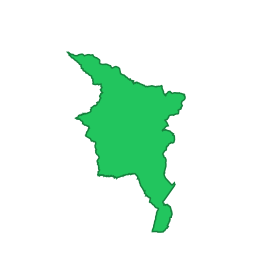 outline of San Juan Del Cesar, La Guajira, Colombia, rotated 41°
{"feature_id": "7082276B71643992336561", "entity_name": "San Juan Del Cesar", "entity_type": "district", "adm_level": 2, "iso_a3": "COL", "parent_name": "Colombia", "parent_adm1": "La Guajira", "projection": "natural_earth1", "projection_center": [-73.123, 10.813], "detail": "fine", "context": "isolated", "style": "filled", "palette": "green", "viewbox_px": 256, "rotation_deg": 41, "n_neighbors": 0, "source": "geoboundaries", "source_scale": "gbopen_adm2", "svg_char_len": 5889}
<svg xmlns="http://www.w3.org/2000/svg" viewBox="0 0 256 256"><g transform="rotate(41 128 128)"><path d="M34.4,110.7L35.4,111.0L35.7,111.6L36.1,111.7L36.6,111.2L37.8,111.6L39.7,111.8L40.6,111.3L44.0,111.5L45.3,111.0L46.2,111.4L48.0,111.2L49.6,111.7L51.3,111.1L52.2,112.4L53.3,112.8L53.7,113.5L55.4,112.9L55.8,113.6L56.7,114.0L58.9,113.3L60.2,114.0L61.6,113.2L64.2,113.4L66.3,112.7L67.8,114.0L69.5,114.1L70.3,115.3L72.0,116.5L72.3,117.4L72.8,117.7L74.8,116.7L76.4,114.7L77.5,114.7L78.0,113.6L78.9,112.6L80.6,114.5L81.6,114.3L82.0,115.2L82.1,117.1L82.9,117.0L83.1,117.7L84.0,117.6L84.8,118.2L85.5,118.0L85.5,119.4L85.0,119.9L85.3,120.3L85.3,120.9L85.7,121.2L85.6,122.4L86.2,123.0L87.3,122.9L87.9,123.4L87.9,124.7L88.8,126.7L89.0,128.0L88.2,128.3L87.9,129.4L88.7,129.7L89.2,130.7L89.0,132.5L88.3,132.6L87.8,133.4L87.4,136.1L86.9,136.7L87.8,137.6L87.7,138.7L88.9,139.4L88.9,141.2L87.8,142.9L87.6,143.9L86.8,144.6L86.6,145.2L85.9,145.2L85.6,146.5L84.6,146.5L84.9,147.4L84.6,148.0L83.9,148.4L84.3,149.2L83.0,150.0L82.6,151.1L83.1,151.7L83.1,152.3L82.1,154.9L83.8,154.7L84.2,153.8L84.7,153.9L85.5,153.4L85.7,152.9L87.5,153.3L88.7,153.0L90.0,153.2L90.9,154.4L91.1,154.2L93.5,154.2L94.3,153.5L96.4,153.1L97.1,152.5L98.1,153.1L98.3,153.6L98.9,153.5L98.8,154.8L99.3,155.7L99.7,157.5L99.5,158.1L100.8,160.4L100.7,161.2L101.5,161.3L101.7,161.7L106.6,160.7L108.9,161.8L109.6,160.9L111.0,160.9L111.6,160.2L112.9,160.0L114.1,161.2L114.7,162.9L116.2,164.3L116.7,164.3L118.0,165.3L118.4,165.2L118.5,166.4L119.1,166.7L119.9,167.7L121.9,168.3L123.4,168.2L125.4,169.0L125.8,169.7L126.3,173.1L127.3,173.9L128.3,173.9L128.7,175.2L130.6,175.7L131.4,176.7L132.1,177.0L132.1,177.5L133.0,178.3L134.1,178.4L134.4,179.5L134.2,180.6L135.3,181.8L135.8,183.1L136.6,183.4L136.7,183.0L137.1,183.1L137.4,182.9L137.5,182.2L137.9,182.6L138.2,181.5L138.6,181.4L138.8,180.7L139.3,180.7L139.7,180.0L140.2,180.1L140.2,179.7L140.6,179.5L141.3,180.0L141.3,179.5L142.4,179.4L142.9,178.5L143.3,178.6L143.4,178.1L144.0,178.3L144.1,177.6L144.9,177.3L144.9,176.9L145.5,177.2L146.3,176.2L146.2,175.4L146.6,175.4L146.8,174.8L147.2,175.1L147.5,174.7L148.6,174.5L148.6,173.8L149.4,174.1L149.2,173.3L149.5,173.7L150.5,173.4L150.7,173.9L150.9,173.3L151.2,173.5L152.2,172.9L152.5,173.2L152.6,172.0L154.0,170.1L154.0,169.5L155.4,167.7L155.4,167.2L155.8,167.4L155.7,166.6L156.3,166.3L156.7,165.1L157.0,165.0L157.0,164.5L158.7,163.1L158.6,162.2L158.8,161.7L159.7,161.7L160.1,161.2L160.2,161.5L160.6,161.4L160.8,160.5L161.3,160.2L161.1,159.7L161.8,159.0L162.4,158.9L163.1,157.9L164.1,157.9L165.8,158.3L166.6,158.0L168.1,159.0L168.5,160.1L168.8,159.7L170.0,159.4L170.4,160.1L171.6,160.6L172.7,161.7L173.9,162.1L175.1,163.1L178.3,163.9L181.7,165.2L182.0,164.5L183.3,166.4L185.0,166.3L185.7,166.7L185.9,167.5L186.9,166.6L187.8,166.9L189.0,166.5L189.7,166.7L190.4,166.1L191.0,166.3L192.8,169.7L193.5,169.7L194.0,169.2L194.6,169.1L196.9,169.5L198.3,169.2L199.8,169.7L201.1,169.8L203.7,168.8L204.4,169.9L204.5,171.2L205.4,173.6L206.0,174.0L207.3,177.0L208.9,178.9L209.0,179.9L209.3,180.3L209.6,181.2L210.7,182.8L211.3,184.4L212.4,185.9L213.4,188.9L214.3,190.2L217.9,187.0L218.7,187.0L220.5,185.5L222.7,183.3L222.5,182.5L223.0,181.4L222.7,179.3L222.8,178.1L223.2,177.8L223.0,177.6L223.1,176.0L221.8,176.0L221.7,174.8L221.3,174.4L221.0,172.7L220.3,171.3L220.5,170.7L219.6,169.8L219.6,169.4L219.2,169.3L218.5,167.9L219.2,167.0L218.4,165.9L218.0,164.5L217.4,164.3L217.1,163.4L215.8,162.8L215.6,162.3L215.2,162.5L214.7,162.2L214.6,161.8L211.6,159.8L211.2,160.1L210.5,159.8L209.3,160.2L209.0,159.9L208.5,160.2L207.8,160.0L207.5,160.6L207.0,160.8L207.0,161.6L206.4,161.6L205.6,162.5L204.6,161.3L203.5,161.5L203.1,161.3L202.5,160.2L202.7,159.1L200.9,141.4L200.5,140.2L200.1,140.0L200.2,139.7L199.5,139.6L199.0,139.1L198.8,141.4L198.7,142.0L198.1,142.3L189.4,141.3L187.0,140.3L185.3,139.1L185.2,138.0L184.7,138.2L181.7,132.1L180.1,130.2L179.0,129.4L178.7,128.5L177.6,127.1L175.7,126.1L173.9,126.3L172.9,125.3L171.9,125.2L171.1,124.4L170.6,120.9L171.2,120.0L171.1,119.2L169.8,117.6L169.7,116.8L169.5,117.0L169.3,116.7L169.8,114.9L169.3,113.1L170.2,111.3L170.0,110.6L171.4,110.1L171.9,109.1L171.9,108.6L170.8,106.4L168.5,104.0L167.6,103.4L166.8,103.9L166.3,103.9L166.0,102.6L164.8,103.1L164.5,102.8L162.7,103.0L161.8,102.8L159.0,104.2L157.5,104.6L157.4,105.4L156.2,106.0L156.0,107.4L155.7,107.4L155.4,106.4L155.8,104.8L155.6,102.4L155.9,101.2L156.9,99.9L153.9,98.5L150.8,97.8L151.9,95.8L151.6,94.7L151.8,93.8L151.0,92.4L151.3,90.8L152.9,89.0L154.1,88.4L154.2,87.5L155.1,85.8L156.3,84.6L156.5,84.0L154.9,81.6L154.2,81.6L154.5,80.4L155.4,79.1L155.1,78.1L154.4,77.8L154.6,77.1L154.3,75.5L152.4,74.8L151.2,72.6L151.8,69.8L151.7,68.5L150.7,67.1L149.0,66.7L149.1,66.0L148.0,65.8L147.4,66.4L145.8,66.9L144.2,67.9L143.5,67.9L142.9,69.1L141.9,69.3L141.7,69.9L140.4,70.5L139.6,71.4L139.0,72.6L138.5,73.0L137.3,72.9L136.7,73.3L135.9,72.8L135.2,73.4L134.7,74.3L134.8,76.2L134.3,77.5L134.4,78.3L135.0,78.3L135.2,78.9L134.6,79.0L131.6,78.2L131.1,77.4L127.5,75.6L126.4,74.3L125.6,74.0L124.7,75.7L123.5,76.6L123.0,77.4L122.5,77.6L122.5,78.1L122.1,78.6L118.3,80.5L117.1,82.2L116.1,83.2L115.9,83.9L114.7,84.4L114.2,85.3L112.0,85.2L111.6,85.9L110.6,85.8L108.1,86.8L106.7,86.9L105.9,87.7L105.5,87.4L104.7,87.6L104.1,88.3L104.3,89.1L103.5,89.2L103.3,90.9L101.5,90.3L101.7,89.6L101.3,88.8L100.3,89.3L99.9,90.0L98.6,90.0L98.2,90.4L97.8,89.7L97.4,89.6L97.1,90.6L96.3,90.8L93.7,90.5L92.9,91.0L92.1,90.6L91.5,90.8L90.5,90.6L88.7,91.5L86.7,91.8L82.5,88.7L81.0,88.7L78.6,89.5L78.0,90.3L76.8,93.1L75.9,93.3L73.9,92.5L72.8,93.1L70.8,93.6L69.3,94.4L69.1,95.0L68.5,95.3L67.3,96.6L65.2,97.8L64.0,97.7L62.3,95.6L61.6,95.3L58.2,95.6L57.2,96.2L55.3,96.6L53.4,95.9L51.9,97.6L50.6,98.1L49.5,99.1L47.7,102.1L45.4,102.1L44.4,102.9L42.8,105.0L42.4,106.5L41.3,107.6L39.9,108.5L38.2,108.6L37.3,109.4L35.4,110.0L33.5,109.9L32.8,110.5L34.4,110.7Z" fill="#22c55e" stroke="#15803d" stroke-width="1.5"/></g></svg>